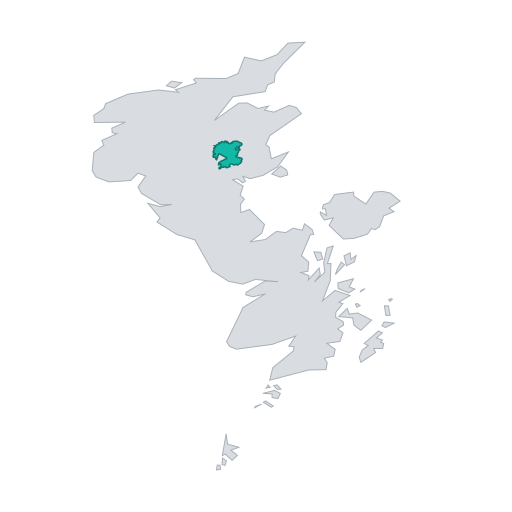 Shropshire on a map of United Kingdom (Robinson projection), rotated 172°
{"feature_id": "GBR-2779", "entity_name": "Shropshire", "entity_type": "Unitary Single-Tier County", "adm_level": 1, "iso_a3": "GBR", "parent_name": "United Kingdom", "parent_adm1": "", "projection": "robinson", "projection_center": [-2.808, 52.647], "detail": "fine", "context": "in_parent", "style": "filled", "palette": "teal", "viewbox_px": 512, "rotation_deg": 172, "n_neighbors": 0, "source": "natural_earth", "source_scale": "10m", "svg_char_len": 6656}
<svg xmlns="http://www.w3.org/2000/svg" viewBox="0 0 512 512"><g transform="rotate(172 256 256)"><path d="M278.4,396.0L251.8,409.7L243.5,408.8L233.4,401.8L222.8,402.7L227.3,399.2L218.2,396.0L202.2,400.5L195.4,397.4L191.3,390.6L225.7,373.2L230.9,364.8L227.9,362.2L227.3,350.2L209.5,354.5L222.3,341.3L237.7,334.9L251.1,333.4L258.0,336.8L256.0,331.6L259.0,330.3L263.5,335.0L268.6,334.8L259.0,326.9L263.3,318.4L259.6,314.0L264.1,309.5L265.0,301.1L256.0,303.0L243.2,286.0L247.1,277.8L260.0,270.8L244.5,271.0L232.2,277.5L223.3,275.0L215.4,278.4L206.4,275.0L203.5,281.1L196.8,274.5L195.8,269.5L199.3,269.4L210.9,250.0L204.6,242.5L206.7,233.7L213.9,233.4L206.2,229.1L207.6,225.0L195.1,235.3L194.9,228.6L201.8,222.2L190.1,230.3L189.9,239.8L184.5,254.2L178.1,255.2L186.4,238.5L182.8,238.1L185.8,221.5L196.4,202.3L182.5,210.9L168.4,203.8L180.4,198.7L176.6,196.8L184.7,189.2L185.7,184.3L178.9,178.8L178.8,175.4L185.3,172.4L180.6,167.8L184.8,159.7L198.0,159.7L190.6,152.6L192.9,146.1L202.6,145.2L200.3,140.6L202.5,133.7L219.5,135.8L259.7,131.1L255.0,143.0L232.2,156.8L230.9,160.8L236.1,162.1L227.9,171.2L252.6,166.2L288.4,166.5L294.5,169.9L297.1,175.2L275.9,206.9L251.9,217.3L264.6,216.0L271.5,219.0L270.8,221.4L250.3,230.0L237.6,227.4L259.7,232.9L273.1,230.0L286.6,234.7L301.3,247.3L314.3,280.5L331.3,288.3L349.3,303.4L345.7,307.1L355.7,323.2L343.9,318.2L332.1,318.7L343.2,320.0L360.6,333.9L363.3,340.7L354.0,350.6L361.3,354.4L369.7,348.2L391.5,349.9L403.4,356.5L406.3,363.4L402.1,381.2L391.2,387.0L392.6,391.9L376.6,396.5L381.2,398.0L381.0,402.6L366.7,406.7L397.4,410.7L397.1,417.8L386.3,423.0L383.7,427.8L360.4,434.1L329.7,434.0L310.0,428.9L312.6,431.9L291.0,435.6L293.1,439.4L290.9,440.4L260.9,435.9L248.3,439.2L239.7,454.5L223.7,448.5L207.0,452.5L194.7,462.4L177.9,460.9L201.9,443.1L211.7,433.6L213.7,425.8L220.7,423.8L224.1,417.5L256.7,416.9L278.4,396.0ZM169.6,306.0L150.5,305.7L150.7,301.6L140.0,292.1L130.2,302.8L121.6,302.4L114.2,299.6L105.7,290.3L117.7,284.8L113.1,280.7L124.0,278.0L129.5,267.9L134.4,265.5L137.9,267.1L142.6,262.1L156.8,259.8L167.2,260.7L179.3,276.1L174.3,283.0L183.2,282.1L186.5,288.5L186.1,290.7L180.5,286.5L180.8,293.1L183.8,293.5L182.2,297.3L175.6,298.8L169.6,306.0ZM167.9,141.4L164.0,148.0L157.3,151.7L161.0,154.4L145.1,164.7L141.5,162.3L148.2,158.1L142.5,155.1L144.6,153.3L141.7,151.6L143.5,146.8L152.3,148.0L151.0,143.8L166.9,136.1L167.9,141.4ZM168.7,174.0L168.8,181.2L182.5,184.5L173.0,191.4L171.7,185.5L163.2,185.4L150.5,176.4L162.6,167.8L168.7,174.0ZM308.1,57.0L314.1,64.1L317.1,63.1L310.3,84.0L310.4,73.7L299.7,69.0L307.9,67.2L302.2,61.2L308.1,57.0ZM178.6,218.0L162.7,219.9L168.0,212.4L162.7,209.5L169.2,206.6L179.2,212.4L178.6,218.0ZM221.0,330.7L229.0,335.0L219.1,341.7L213.7,336.8L213.3,331.9L221.0,330.7ZM167.8,233.7L168.8,244.0L162.3,246.0L162.5,239.4L156.8,242.5L159.3,236.6L167.8,233.7ZM259.8,113.5L259.2,117.1L268.2,119.0L256.4,120.3L251.0,116.6L254.1,111.8L259.8,113.5ZM198.1,252.0L191.3,250.7L190.3,243.7L195.8,242.8L198.1,252.0ZM321.0,437.0L315.3,440.9L305.5,437.9L313.3,433.7L321.0,437.0ZM172.5,238.1L169.5,235.1L180.0,226.6L177.8,230.8L172.5,238.1ZM137.8,167.2L141.0,169.4L138.3,172.9L128.6,170.3L137.8,167.2ZM135.8,188.8L131.9,188.2L131.4,178.7L135.6,179.0L135.8,188.8ZM317.3,60.5L313.8,57.2L315.8,53.0L318.7,54.2L317.3,60.5ZM269.1,110.2L266.6,111.1L259.8,105.0L262.0,104.1L269.1,110.2ZM256.5,125.1L253.2,125.5L249.8,120.7L253.4,120.9L256.5,125.1ZM324.9,49.6L323.5,54.3L320.7,53.8L320.8,49.7L324.9,49.6ZM277.8,107.0L271.1,108.5L278.4,106.0L277.8,107.0ZM164.3,194.5L162.3,194.9L159.8,192.4L163.1,191.2L164.3,194.5ZM264.3,123.8L262.0,126.5L260.2,124.0L264.3,123.8ZM156.5,207.3L152.4,208.5L158.0,205.8L156.5,207.3ZM130.7,194.4L128.1,195.0L127.0,194.2L129.6,192.4L130.7,194.4Z" fill="#d9dde1" stroke="#a8b0b8" stroke-width="1"/><path d="M256.7,354.9L256.3,354.0L256.3,353.8L256.3,353.6L256.4,353.4L256.6,353.2L257.1,352.8L257.3,352.6L257.3,352.4L257.2,352.1L257.1,351.9L257.1,351.6L257.1,351.4L257.5,351.2L257.9,350.9L258.2,350.5L258.3,350.3L258.5,350.1L258.9,349.9L259.0,349.9L259.3,349.8L260.9,348.9L261.2,348.8L261.8,348.7L262.1,348.8L262.3,348.9L262.8,349.3L263.0,349.5L263.5,349.5L264.7,349.2L265.1,349.2L265.5,349.3L267.2,350.7L267.4,350.8L267.7,350.8L268.0,350.7L268.6,350.4L268.9,350.3L269.3,350.2L269.5,350.1L269.6,349.8L269.6,349.2L269.6,348.9L269.4,348.6L269.3,348.2L272.5,347.5L273.5,347.8L273.9,348.7L274.5,348.6L275.4,349.0L275.9,348.4L276.9,348.7L277.8,348.6L278.4,348.3L278.6,347.8L280.0,347.3L280.4,347.7L280.4,348.2L280.2,348.6L280.1,348.9L279.5,348.9L278.7,349.4L278.0,350.3L277.8,351.0L277.8,351.4L278.3,352.1L279.9,351.4L280.4,351.5L280.0,353.3L279.3,353.8L278.8,354.1L277.1,354.8L275.1,355.3L273.6,356.0L271.8,356.3L271.3,357.0L272.0,357.8L273.9,359.2L276.0,360.8L277.5,361.9L278.2,362.3L278.6,362.3L278.9,361.7L279.4,360.9L280.0,360.0L281.2,357.5L281.7,356.8L282.2,357.3L282.3,357.8L282.1,358.6L282.2,359.2L282.6,359.4L284.1,359.6L284.5,359.8L284.6,360.2L284.5,360.5L284.6,361.1L284.3,362.0L283.4,362.4L282.3,362.2L282.1,362.6L282.1,362.9L283.3,363.4L283.9,364.0L283.4,364.5L283.9,365.1L283.8,365.7L282.9,366.2L282.5,367.1L282.5,367.4L282.9,368.2L282.8,368.6L282.3,369.1L281.2,369.0L280.9,369.4L281.6,370.7L281.8,370.9L279.7,371.0L279.4,371.2L279.4,371.5L279.0,371.8L277.2,372.0L277.1,372.3L277.3,372.8L277.1,373.2L276.5,373.2L275.5,372.7L274.9,373.0L274.6,373.9L273.3,374.0L273.0,373.9L272.9,373.5L272.7,373.3L272.0,373.0L271.6,372.8L271.2,373.1L270.9,374.0L270.3,374.1L268.7,373.3L269.3,372.6L269.2,372.2L267.7,372.2L267.5,371.6L267.0,371.1L265.9,370.7L264.9,371.3L264.0,371.1L263.9,371.3L264.2,371.8L263.5,372.0L263.0,372.5L262.3,372.6L258.8,372.4L258.6,372.3L257.8,371.6L256.7,371.0L255.9,370.4L254.8,369.8L254.7,369.7L254.5,369.3L254.4,369.1L254.4,368.8L254.4,368.7L254.4,368.4L254.8,367.9L255.0,367.7L256.5,367.2L257.3,366.8L257.7,366.7L260.0,366.5L260.2,366.4L260.5,365.9L261.3,365.3L261.5,365.1L261.7,364.9L261.7,364.6L260.8,363.8L260.7,363.8L260.3,363.8L259.8,364.3L258.9,364.7L258.7,364.8L258.5,365.1L258.4,365.2L258.3,365.3L258.1,365.4L257.9,365.4L257.6,365.4L257.4,365.3L257.4,365.2L257.6,365.0L257.6,364.8L257.6,364.7L257.5,364.4L257.3,364.1L257.2,363.8L257.1,363.7L257.1,363.4L257.3,363.1L258.2,362.7L258.5,362.5L258.7,362.3L258.8,362.1L258.9,361.4L259.0,361.2L259.7,360.7L259.9,360.6L260.0,360.4L260.1,360.0L260.0,359.5L260.1,359.3L260.1,359.1L260.3,358.8L260.5,358.4L260.7,358.2L260.8,358.2L261.0,358.1L261.6,358.1L261.8,358.0L262.0,357.9L262.2,357.5L262.2,357.4L261.6,357.1L261.3,356.9L261.0,356.4L260.8,356.3L260.1,356.1L259.2,356.0L258.9,355.8L258.7,355.5L258.6,355.4L257.5,355.3L257.0,355.1L256.7,354.9L256.7,354.9Z" fill="#14b8a6" stroke="#0f766e" stroke-width="1.5"/></g></svg>